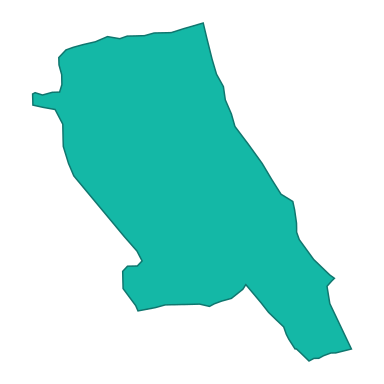 Kesm Al-minya, Al Minya, Egypt
{"feature_id": "37247803B97028957261557", "entity_name": "Kesm Al-minya", "entity_type": "district", "adm_level": 2, "iso_a3": "EGY", "parent_name": "Egypt", "parent_adm1": "Al Minya", "projection": "albers", "projection_center": [30.746, 28.094], "detail": "fine", "context": "isolated", "style": "filled", "palette": "teal", "viewbox_px": 384, "rotation_deg": 0, "n_neighbors": 0, "source": "geoboundaries", "source_scale": "gbopen_adm2", "svg_char_len": 1368}
<svg xmlns="http://www.w3.org/2000/svg" viewBox="0 0 384 384"><path d="M334.4,278.3L329.8,275.0L313.7,259.5L299.3,239.7L296.6,232.2L296.6,227.9L296.5,223.1L294.6,209.8L292.8,201.5L281.0,194.2L271.6,179.3L262.2,163.5L248.5,144.5L236.3,128.3L234.9,126.4L231.4,114.0L225.3,99.9L223.4,86.6L216.5,74.2L212.1,59.3L206.7,37.7L203.2,23.0L183.9,28.6L171.3,32.6L168.9,32.7L163.9,32.8L159.0,32.9L154.1,33.0L144.4,35.7L139.4,35.8L137.0,35.9L127.2,36.1L119.8,38.7L107.5,36.6L107.0,36.8L106.6,37.0L95.3,41.8L83.1,44.6L73.3,47.3L66.0,49.9L61.2,55.0L58.8,57.5L59.0,64.9L61.7,74.7L61.9,84.6L59.6,92.1L52.3,92.3L42.5,95.0L35.1,92.7L32.6,94.0L32.7,97.7L32.8,100.2L32.9,105.1L42.8,107.3L55.1,109.5L62.8,124.2L63.1,139.0L63.3,146.5L68.6,163.7L69.8,166.4L73.8,175.9L124.3,236.6L137.0,251.1L140.2,257.3L142.1,260.9L137.3,266.0L132.4,266.1L127.5,266.2L122.7,271.3L123.1,288.6L135.7,305.6L138.0,310.9L155.4,307.6L165.2,304.9L172.6,304.7L175.0,304.7L182.4,304.5L184.9,304.5L199.6,304.1L209.5,306.4L214.3,303.8L221.6,301.1L231.4,298.4L242.9,289.2L245.3,285.4L245.5,285.0L245.8,284.6L261.0,302.7L268.6,312.4L276.1,319.7L283.7,326.9L286.3,334.3L288.8,339.2L295.0,348.9L296.4,348.9L299.0,351.3L301.5,353.7L309.0,361.0L313.9,358.4L318.8,358.3L323.6,355.7L330.9,353.0L335.8,352.9L351.4,349.0L329.8,303.6L327.0,286.3L331.7,281.0L334.4,278.3Z" fill="#14b8a6" stroke="#0f766e" stroke-width="1.5"/></svg>